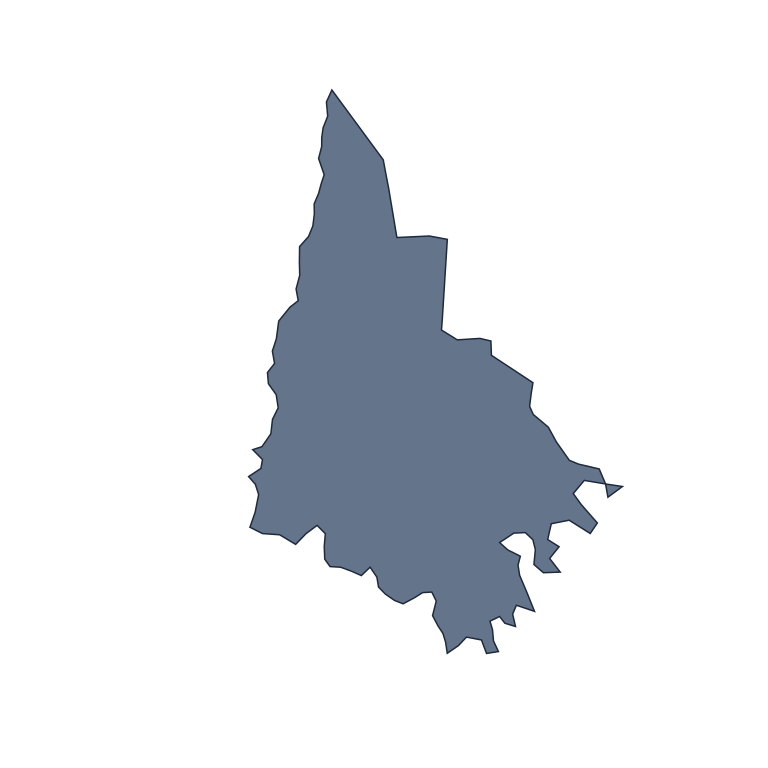 outline of Santa Cecília do Pavão, Paraná, Brazil, rotated 247°
{"feature_id": "56859067B22912882563393", "entity_name": "Santa Cecília do Pavão", "entity_type": "district", "adm_level": 2, "iso_a3": "BRA", "parent_name": "Brazil", "parent_adm1": "Paraná", "projection": "mercator", "projection_center": [-50.812, -23.543], "detail": "fine", "context": "isolated", "style": "filled", "palette": "slate", "viewbox_px": 768, "rotation_deg": 247, "n_neighbors": 0, "source": "geoboundaries", "source_scale": "gbopen_adm2", "svg_char_len": 1753}
<svg xmlns="http://www.w3.org/2000/svg" viewBox="0 0 768 768"><g transform="rotate(247 384 384)"><path d="M93.0,384.8L104.7,384.4L115.5,387.9L124.3,388.9L124.8,399.6L116.5,401.8L109.4,410.3L121.9,412.5L128.6,419.4L115.9,433.7L136.8,434.1L154.9,434.1L164.9,436.6L172.2,442.2L182.9,433.1L192.9,428.5L196.0,445.3L192.0,456.0L182.5,460.2L172.4,458.6L159.3,451.5L148.0,457.0L142.0,472.7L158.7,468.3L165.8,481.6L176.9,473.9L190.0,483.4L186.3,501.2L165.8,515.4L172.7,526.1L184.5,522.2L196.1,518.4L209.2,515.4L217.0,530.7L205.4,548.9L221.7,548.9L234.3,531.7L241.3,524.8L263.5,520.0L280.0,518.4L297.6,509.5L306.5,509.3L318.1,516.0L327.0,521.6L368.4,494.1L381.8,499.2L388.5,490.1L396.0,468.7L411.2,458.0L420.5,462.8L492.4,498.8L502.5,483.6L513.8,453.1L561.7,464.6L578.9,468.3L590.6,470.9L675.0,450.9L666.1,441.2L652.5,436.8L643.7,428.1L635.2,423.0L626.9,419.4L617.1,411.9L600.0,410.7L592.6,404.2L584.9,398.2L577.1,390.1L567.7,386.3L557.2,380.2L549.2,372.1L543.5,360.0L528.7,353.5L517.0,348.9L505.8,340.2L494.2,337.6L491.5,327.5L483.1,311.7L467.7,302.6L457.9,294.1L445.7,291.3L440.1,281.2L429.4,277.7L416.3,280.6L403.4,277.3L395.1,267.6L382.4,260.4L374.0,247.2L374.9,237.5L361.9,242.6L354.4,237.7L351.7,223.2L341.9,226.4L331.2,225.4L323.7,220.3L316.3,215.3L304.5,204.6L293.8,213.7L286.0,229.0L270.9,240.0L276.7,253.7L280.0,267.2L269.1,271.5L258.0,265.6L245.9,261.0L237.0,263.0L232.3,272.5L224.1,281.2L216.5,288.3L220.8,299.6L209.0,302.0L199.2,299.6L190.0,303.2L180.7,309.1L174.2,315.7L175.4,328.9L176.9,338.0L173.8,346.7L163.8,347.3L151.8,338.2L140.1,339.2L131.3,340.8L122.1,339.8L111.4,337.0L114.1,350.3L118.8,361.0L110.3,373.7L95.9,373.1L93.0,384.8ZM205.4,548.9L192.3,545.9L196.5,563.4L205.4,548.9Z" fill="#64748b" stroke="#1e293b" stroke-width="1.5"/></g></svg>